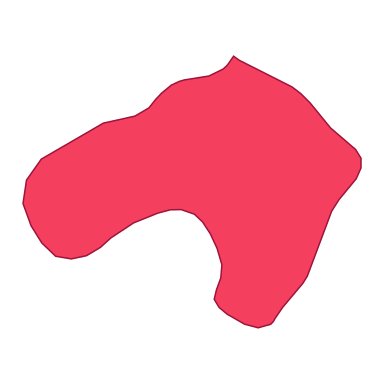 the border of F.C.T.
{"feature_id": "PAK-1110", "entity_name": "F.C.T.", "entity_type": "Capital Territory", "adm_level": 1, "iso_a3": "PAK", "parent_name": "Pakistan", "parent_adm1": "", "projection": "equal_earth", "projection_center": [73.083, 33.648], "detail": "fine", "context": "isolated", "style": "filled", "palette": "rose", "viewbox_px": 384, "rotation_deg": 0, "n_neighbors": 0, "source": "natural_earth", "source_scale": "10m", "svg_char_len": 807}
<svg xmlns="http://www.w3.org/2000/svg" viewBox="0 0 384 384"><path d="M103.4,123.1L134.9,116.1L148.9,107.9L155.7,99.4L161.5,93.2L171.5,85.0L179.3,81.4L184.4,79.9L208.9,76.0L223.0,69.1L226.6,65.9L228.4,63.7L233.6,56.2L239.3,60.3L292.0,86.9L300.8,93.6L310.0,102.8L330.6,128.0L355.6,149.5L361.0,158.2L361.0,168.0L356.2,178.8L339.1,199.5L331.7,211.1L307.3,276.2L302.8,283.4L282.7,307.3L275.1,318.4L273.8,320.8L272.9,322.1L270.6,324.3L258.2,327.8L244.6,324.2L227.3,314.3L219.2,307.6L214.2,299.3L216.5,289.6L220.8,277.9L221.9,264.8L217.1,248.4L210.3,233.8L202.6,222.0L194.4,214.2L181.2,209.6L170.4,209.8L157.6,213.2L133.6,222.9L110.9,237.9L100.4,247.4L86.5,255.7L71.3,258.9L55.7,256.3L41.9,243.1L31.1,225.8L23.0,203.5L26.5,180.1L41.3,159.1L103.4,123.1Z" fill="#f43f5e" stroke="#9f1239" stroke-width="1.5"/></svg>